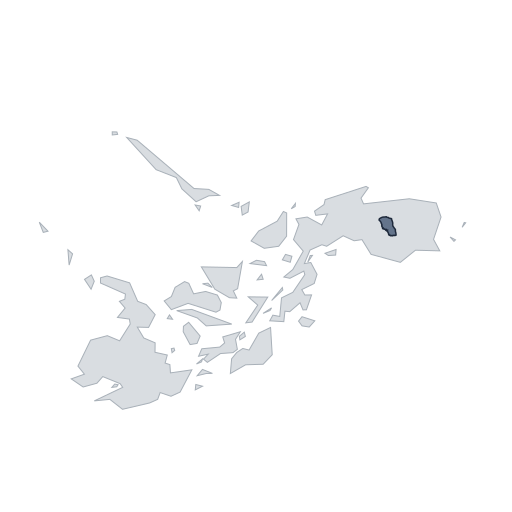 location of Ifugao, Ifugao, Philippines, rotated 84°
{"feature_id": "2640588B2684850326122", "entity_name": "Ifugao", "entity_type": "district", "adm_level": 2, "iso_a3": "PHL", "parent_name": "Philippines", "parent_adm1": "Ifugao", "projection": "mercator", "projection_center": [121.288, 16.824], "detail": "fine", "context": "in_parent", "style": "filled", "palette": "slate", "viewbox_px": 512, "rotation_deg": 84, "n_neighbors": 0, "source": "geoboundaries", "source_scale": "gbopen_adm2", "svg_char_len": 5941}
<svg xmlns="http://www.w3.org/2000/svg" viewBox="0 0 512 512"><g transform="rotate(84 256 256)"><path d="M236.6,67.9L258.0,77.7L270.1,72.7L266.9,96.8L277.4,113.1L266.4,141.4L250.8,148.9L251.1,156.8L245.0,167.2L253.7,184.7L251.7,189.3L255.7,201.6L268.6,208.7L268.2,202.2L280.6,197.2L289.4,201.0L294.2,214.0L299.9,211.5L300.5,204.8L314.8,211.5L314.5,214.9L307.1,217.1L314.9,228.3L313.9,233.0L324.2,235.2L321.9,249.1L316.6,245.4L318.6,238.7L300.3,235.0L296.0,223.2L279.6,209.4L276.0,210.0L281.7,224.6L279.8,230.5L273.3,220.8L256.1,208.5L243.6,217.0L229.1,210.0L223.2,212.4L222.6,201.0L232.0,187.4L221.6,180.4L221.8,192.3L217.5,193.1L212.0,183.0L207.2,181.3L198.3,139.3L199.9,137.1L209.4,145.5L215.4,143.6L215.1,97.6L222.1,71.2L236.6,67.9ZM362.5,331.7L383.4,345.7L386.6,355.2L381.8,365.6L388.3,368.8L391.0,377.0L394.5,404.8L383.3,416.3L383.2,432.0L372.7,402.3L368.8,404.4L359.9,421.0L365.9,427.5L368.2,441.6L358.9,452.6L355.6,439.0L346.9,444.6L322.4,429.3L319.7,412.2L326.1,400.5L310.5,388.2L305.5,388.5L302.6,400.2L294.1,391.6L286.8,396.6L285.3,391.0L280.2,389.8L266.6,413.5L261.4,412.9L260.3,406.2L269.5,384.5L288.7,378.4L292.8,370.3L303.8,362.4L315.8,370.3L314.3,381.5L325.8,376.2L331.8,365.4L341.2,366.5L345.2,354.6L353.0,357.6L355.0,353.0L363.3,353.3L362.5,331.7ZM300.5,345.8L291.1,352.0L287.5,344.4L278.7,339.7L274.0,329.7L276.1,325.7L287.1,322.0L286.0,309.8L290.8,298.5L298.7,295.4L306.0,297.5L307.7,301.7L296.0,328.5L300.5,345.8ZM355.9,250.2L364.4,260.2L363.1,277.7L370.2,293.8L355.7,291.0L349.9,285.2L346.6,278.8L348.8,272.7L333.0,261.3L328.6,249.0L355.9,250.2ZM260.0,270.1L286.6,277.7L288.3,282.2L295.9,279.5L294.7,286.8L284.7,300.4L261.1,311.5L265.5,276.3L260.0,270.1ZM159.7,346.3L124.6,372.2L128.4,362.1L182.4,310.6L184.8,296.0L191.9,286.0L191.2,296.6L195.8,309.9L181.5,322.7L169.7,327.0L159.7,346.3ZM216.4,221.0L239.5,223.5L248.7,232.4L249.2,247.0L240.5,259.3L231.4,250.7L223.6,231.3L214.6,224.1L216.4,221.0ZM336.7,285.1L346.9,284.3L349.7,289.0L349.3,301.5L356.7,315.5L353.1,319.0L348.6,313.8L349.7,323.6L342.6,319.6L342.8,301.6L339.2,296.3L333.0,297.5L329.7,279.5L336.7,285.1ZM302.0,340.6L302.4,325.5L321.2,287.2L320.3,312.8L311.5,320.8L302.0,340.6ZM337.2,330.8L323.7,336.3L318.3,335.5L314.9,329.9L329.8,319.9L336.8,323.8L337.2,330.8ZM298.1,248.6L321.3,266.8L321.4,273.1L305.0,259.4L295.8,268.0L298.1,248.6ZM330.3,217.5L325.2,220.5L321.2,216.6L326.6,204.3L332.2,210.5L330.3,217.5ZM271.8,423.5L261.3,429.0L257.6,421.7L264.2,419.5L271.8,423.5ZM201.5,257.0L211.4,259.3L213.9,265.4L205.1,265.6L201.5,257.0ZM260.0,220.3L265.8,222.6L262.6,230.2L257.5,226.5L260.0,220.3ZM234.7,438.2L245.5,442.8L230.1,442.4L234.7,438.2ZM368.9,327.0L363.2,321.1L368.2,311.6L367.6,317.4L368.9,327.0ZM266.7,246.5L262.9,262.7L260.3,256.0L262.5,248.1L266.7,246.5ZM209.6,460.3L210.3,465.1L199.7,468.0L209.6,460.3ZM263.4,176.7L263.1,184.0L260.5,187.1L257.9,175.7L263.4,176.7ZM282.7,302.8L278.0,312.1L278.0,306.7L282.7,302.8ZM205.9,268.2L203.2,274.9L200.8,267.2L205.9,268.2ZM337.7,280.8L334.1,280.9L330.5,275.6L334.9,275.0L337.7,280.8ZM279.9,251.3L279.9,257.4L274.7,252.4L279.9,251.3ZM382.8,330.4L377.5,329.3L379.9,322.8L382.8,330.4ZM292.6,232.9L301.9,245.1L290.1,233.1L292.6,232.9ZM205.1,307.8L198.9,311.2L200.5,305.8L205.1,307.8ZM310.2,345.6L309.0,350.8L305.5,348.2L310.2,345.6ZM311.7,247.8L313.8,255.0L309.2,245.9L311.7,247.8ZM120.6,386.3L117.5,386.0L118.1,381.4L120.6,380.9L120.6,386.3ZM343.4,349.6L339.3,349.9L339.0,347.2L341.4,346.7L343.4,349.6ZM371.6,413.1L368.6,409.9L369.6,406.6L371.5,408.2L371.6,413.1ZM210.9,211.9L212.7,216.0L207.8,211.3L210.9,211.9ZM355.6,321.2L357.2,326.5L352.8,320.0L355.6,321.2ZM262.1,57.6L257.4,61.0L260.8,55.9L262.1,57.6ZM267.5,205.2L261.2,202.0L261.3,199.8L267.5,205.2ZM244.9,44.0L249.0,48.0L244.4,45.4L244.9,44.0Z" fill="#d9dde1" stroke="#a8b0b8" stroke-width="1"/><path d="M231.4,128.4L231.7,129.1L231.9,129.4L232.1,129.5L232.7,129.7L232.9,129.8L233.2,129.8L234.4,128.8L234.6,128.7L235.7,128.1L236.7,128.0L236.8,127.9L237.2,127.8L237.3,127.7L237.5,127.6L238.0,127.6L238.3,127.7L238.5,127.5L239.0,127.7L239.3,127.7L239.5,127.7L239.8,127.7L240.0,127.5L240.2,127.4L240.3,127.4L240.5,127.3L240.8,127.3L241.0,127.3L241.1,127.2L241.3,127.1L241.5,127.0L241.5,126.9L241.7,127.0L241.8,127.2L242.0,127.2L242.1,126.9L242.0,126.7L242.1,126.4L241.9,126.3L242.0,126.2L242.3,126.1L242.5,126.1L242.7,125.9L242.7,125.6L242.7,125.4L242.8,125.3L242.8,125.2L243.0,125.0L243.0,124.9L243.2,124.7L243.3,124.3L243.4,124.2L243.1,124.3L243.1,124.2L243.2,123.9L243.4,123.9L243.5,123.9L243.6,123.7L243.4,123.5L243.3,123.3L243.4,123.2L243.6,123.2L243.7,123.3L243.9,123.4L243.9,123.5L244.0,123.6L244.0,123.4L244.1,123.2L244.5,123.2L244.4,123.0L244.4,122.9L244.5,123.0L244.8,123.0L244.9,122.9L245.0,122.7L245.5,122.6L245.7,122.4L245.9,122.4L246.1,122.3L246.3,122.3L246.5,122.1L246.9,122.1L247.3,121.9L247.5,121.8L247.8,121.8L248.0,121.8L248.4,121.8L248.5,121.8L248.5,121.7L248.8,121.4L249.0,121.3L249.0,121.2L249.0,120.9L249.1,120.7L249.3,120.5L249.5,120.7L249.6,120.4L249.7,120.2L249.7,119.9L249.8,119.9L249.9,119.6L250.0,119.6L250.0,119.3L250.0,119.1L250.0,118.8L250.0,118.7L250.0,118.4L249.9,118.3L249.9,118.2L250.0,118.0L250.1,117.9L249.9,117.8L249.8,116.6L249.8,116.4L250.0,116.3L250.1,116.2L250.1,115.9L250.1,115.6L250.1,115.2L250.0,114.8L250.0,114.7L249.5,114.5L249.0,114.5L248.2,114.5L247.7,114.5L245.7,114.8L245.3,114.7L244.4,114.6L243.7,114.9L242.8,115.5L242.3,115.8L241.9,116.0L241.6,116.1L241.2,116.4L240.7,116.7L240.2,116.7L239.8,116.8L239.1,116.8L238.4,116.7L237.9,116.6L237.4,116.6L237.0,116.6L236.7,116.6L236.3,116.7L235.8,116.8L235.0,117.0L234.6,117.2L234.3,117.3L233.9,117.3L233.5,117.2L233.2,117.3L233.1,117.5L232.9,117.6L232.8,117.8L232.7,118.2L232.6,118.6L232.4,119.2L232.1,119.9L231.4,120.6L231.4,121.0L231.1,121.9L230.6,122.3L230.6,122.8L230.7,123.6L230.7,123.8L230.6,124.6L230.6,124.8L230.6,125.5L230.6,126.0L230.7,126.6L230.9,127.1L231.1,127.7L231.2,128.0L231.4,128.4Z" fill="#64748b" stroke="#1e293b" stroke-width="1.5"/></g></svg>